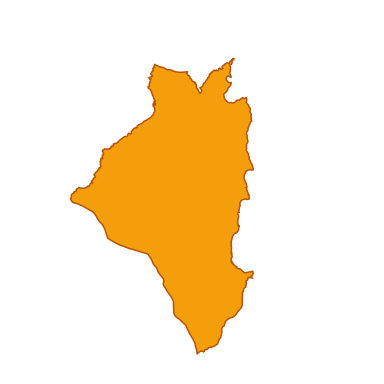 the district of Busega, Simiyu, United Republic of Tanzania, rotated 121°
{"feature_id": "72390352B70559618037175", "entity_name": "Busega", "entity_type": "district", "adm_level": 2, "iso_a3": "TZA", "parent_name": "United Republic of Tanzania", "parent_adm1": "Simiyu", "projection": "orthographic", "projection_center": [33.696, -2.377], "detail": "fine", "context": "isolated", "style": "filled", "palette": "amber", "viewbox_px": 384, "rotation_deg": 121, "n_neighbors": 0, "source": "geoboundaries", "source_scale": "gbopen_adm2", "svg_char_len": 6000}
<svg xmlns="http://www.w3.org/2000/svg" viewBox="0 0 384 384"><g transform="rotate(121 192 192)"><path d="M228.7,99.1L234.2,105.2L233.2,111.1L234.1,113.8L233.6,115.2L233.2,115.0L232.8,118.4L233.1,118.7L232.6,119.4L232.6,120.2L232.2,119.9L231.8,120.8L231.9,121.4L231.4,121.3L231.1,121.9L231.4,122.3L228.9,124.2L227.3,124.1L226.4,124.5L225.6,125.6L225.3,125.4L224.4,126.6L224.4,126.1L223.2,126.9L222.7,127.6L218.5,130.0L217.8,130.9L216.8,131.1L215.5,132.3L214.6,132.6L214.7,133.2L214.9,133.3L213.7,132.9L209.4,134.4L206.9,134.4L206.0,134.2L204.3,133.0L203.2,132.7L201.9,132.4L200.1,132.7L198.7,133.5L197.5,133.6L196.8,134.0L196.6,134.2L196.9,134.5L197.9,134.3L194.4,137.1L193.0,137.8L192.4,138.4L188.8,139.4L188.2,139.9L187.3,141.5L186.7,142.0L186.0,142.0L185.2,141.1L184.5,141.8L181.2,143.3L178.6,143.9L177.1,145.2L174.3,145.5L172.8,144.9L172.8,145.3L172.8,144.9L170.6,142.9L170.0,140.8L168.9,139.5L168.2,139.5L167.5,140.2L165.6,141.2L165.2,141.8L165.3,142.2L164.9,142.3L161.5,146.7L160.5,147.0L160.4,147.4L160.3,147.2L159.0,147.7L158.4,148.6L157.4,149.2L155.3,152.2L153.3,154.6L151.7,155.4L150.1,155.9L146.7,156.2L145.2,155.9L142.9,153.7L142.3,151.9L141.5,151.0L140.9,151.2L139.4,152.9L138.7,153.2L136.7,156.0L136.1,157.4L134.9,158.7L134.6,159.6L132.3,161.3L131.6,162.4L130.3,163.4L129.8,164.1L129.2,165.6L128.2,166.9L126.8,167.4L125.8,168.2L124.3,169.0L123.3,169.8L121.2,169.8L119.8,170.0L117.5,172.5L115.4,173.6L114.1,175.3L112.9,176.0L110.3,175.8L109.2,176.5L105.8,177.3L103.8,177.4L103.2,177.9L101.5,177.7L100.5,177.3L98.7,179.2L97.8,179.3L96.6,180.6L95.0,181.2L92.7,184.2L91.3,184.3L90.1,185.5L89.9,187.0L88.5,188.2L87.5,191.5L84.9,192.4L83.6,193.4L83.3,194.2L84.9,195.1L85.0,197.1L87.8,198.5L88.9,198.6L89.9,200.6L92.6,201.3L95.0,202.8L95.0,204.5L96.1,205.6L96.6,207.7L95.7,211.2L94.4,213.3L93.3,213.9L92.3,215.0L91.7,215.1L87.7,214.1L86.0,214.1L84.4,214.7L83.5,214.3L80.8,213.8L78.5,214.4L78.0,215.0L78.7,215.4L79.3,217.2L78.5,219.5L77.7,220.8L75.7,221.4L74.1,221.0L73.9,220.7L73.7,218.2L73.4,217.7L72.8,218.0L71.8,219.5L70.3,221.1L68.3,221.6L67.8,222.1L67.1,222.1L66.2,222.6L63.7,224.8L63.1,224.9L62.3,224.0L61.6,223.9L60.9,224.0L58.7,225.3L57.5,224.8L57.2,224.3L56.1,224.8L56.7,225.7L58.0,225.7L58.3,226.0L58.7,225.8L60.1,226.5L61.5,226.6L62.3,226.3L62.9,226.8L63.1,228.2L63.5,228.8L65.3,229.6L66.5,229.8L67.4,230.5L69.0,230.8L70.8,229.7L70.7,229.5L71.4,229.7L71.7,230.1L71.4,231.8L72.5,232.5L74.4,232.2L74.8,232.4L75.2,233.1L74.9,233.9L76.4,234.9L76.2,235.4L76.6,236.1L78.9,236.6L79.8,237.1L80.0,236.8L81.8,236.8L81.8,237.6L82.0,237.7L84.8,236.7L85.6,236.9L86.2,237.5L87.7,236.9L89.0,237.3L91.9,237.2L92.4,237.8L93.4,238.0L95.5,237.4L96.4,237.5L98.3,238.8L99.0,238.0L99.5,236.2L100.8,235.6L102.2,235.6L103.3,235.9L103.4,236.5L100.8,240.2L100.5,241.4L99.9,242.2L99.1,242.5L97.7,243.7L97.6,245.3L96.8,245.1L96.3,245.6L96.8,247.8L96.8,249.2L96.1,249.7L95.6,250.7L95.6,252.0L95.1,252.6L94.4,253.1L93.8,254.3L94.1,255.8L92.7,257.7L91.4,257.9L95.9,264.3L97.4,268.1L98.0,270.2L98.0,272.3L99.9,276.2L100.1,280.1L100.5,282.3L101.0,283.0L101.2,284.1L101.8,287.7L101.9,289.6L103.9,289.3L104.3,288.5L104.5,288.8L105.1,288.7L105.7,289.1L106.2,289.2L106.5,288.6L107.0,288.7L108.0,287.8L109.7,288.3L111.7,288.2L112.3,287.7L112.5,285.8L113.1,285.5L116.3,287.8L116.4,287.0L116.9,286.3L116.4,286.1L116.2,285.6L116.9,285.2L119.2,284.8L120.6,284.3L121.9,284.2L122.3,283.6L122.7,283.3L123.6,283.3L124.1,283.9L124.6,283.3L125.3,283.3L125.6,282.3L125.5,281.3L126.5,278.6L127.6,278.0L129.9,274.7L131.9,272.6L132.8,270.4L133.3,270.5L133.9,271.2L134.7,270.6L135.4,270.6L135.5,270.0L134.6,269.7L134.9,269.1L135.6,268.6L136.5,268.3L136.9,269.1L136.5,270.1L136.9,270.6L138.6,269.3L138.8,267.7L141.4,265.7L143.8,265.5L145.4,265.1L149.0,265.7L154.3,268.3L156.0,269.5L158.4,270.0L159.9,270.7L161.9,272.4L163.3,272.9L164.5,272.8L165.1,272.5L166.7,274.1L168.1,274.6L171.6,275.2L172.9,274.1L174.0,274.6L174.2,275.4L174.1,276.3L174.6,276.8L176.8,276.3L178.1,276.6L178.6,277.6L179.5,278.5L185.0,280.7L186.5,280.9L188.2,281.6L189.2,281.7L190.2,283.4L191.3,283.5L191.6,284.1L193.4,283.3L193.8,284.2L194.2,284.1L194.5,284.8L196.3,284.2L196.9,285.0L197.7,285.0L198.1,285.9L199.1,286.8L199.1,287.1L199.9,288.0L199.8,289.0L201.4,289.5L202.0,290.1L202.3,289.8L203.2,289.9L203.6,288.8L204.3,288.0L205.0,287.7L205.0,287.4L206.0,287.3L206.7,287.7L206.8,287.4L209.1,286.6L209.0,286.0L209.7,286.0L210.2,286.6L210.2,287.2L211.8,286.4L213.2,286.5L214.4,285.0L215.1,285.0L217.1,283.5L218.3,283.0L219.4,284.1L220.7,283.6L221.7,284.0L223.4,284.0L224.2,284.4L226.6,284.6L226.8,284.9L227.8,284.7L228.4,282.8L228.8,282.6L230.1,283.2L231.6,283.5L231.8,283.1L233.3,283.2L234.7,283.7L235.5,281.9L236.3,282.3L236.7,283.4L240.2,283.2L240.5,283.5L240.7,284.4L242.1,284.7L243.6,285.5L245.0,287.6L246.8,291.4L248.9,292.3L249.1,292.1L249.9,292.3L251.2,291.8L252.6,293.1L253.1,293.1L253.2,292.8L253.6,292.7L255.5,293.8L256.8,293.8L258.3,292.8L260.6,292.6L261.6,291.0L262.0,289.5L262.3,289.2L262.1,287.7L260.8,283.2L260.8,281.4L260.4,279.1L260.1,266.4L262.0,261.6L263.7,258.9L264.8,256.6L266.3,251.4L268.7,247.6L274.9,240.6L275.2,237.2L274.8,227.7L272.6,215.9L271.5,212.8L271.4,211.1L270.6,208.9L268.0,198.3L268.1,197.4L271.0,191.6L273.9,187.7L275.1,183.7L278.4,179.2L281.2,171.7L283.0,170.3L286.2,169.0L290.1,161.6L292.5,156.1L294.6,152.6L295.3,151.6L304.3,145.9L306.5,143.4L307.2,141.5L307.7,136.5L309.4,128.6L311.6,125.7L315.0,120.4L317.6,115.5L320.1,111.5L322.3,109.7L324.5,107.2L327.9,104.2L325.0,103.2L323.7,102.4L323.1,100.9L323.1,99.7L322.0,99.3L320.8,99.9L320.1,99.5L319.4,98.1L316.6,97.4L314.1,94.5L311.9,93.0L309.1,91.9L303.9,92.8L301.9,92.5L299.0,93.3L296.1,94.5L294.5,96.0L292.2,96.3L290.3,95.6L285.7,96.6L282.9,95.9L280.9,94.9L278.2,92.4L274.2,91.2L271.9,91.2L268.9,90.8L266.8,90.2L263.3,90.5L257.2,94.3L254.5,95.3L253.0,96.7L250.5,96.9L248.0,97.9L246.0,97.1L243.4,97.8L240.3,99.8L238.6,99.0L236.2,99.9L234.8,96.3L234.5,97.5L233.7,97.9L233.3,97.3L232.6,97.2L230.5,97.5L228.7,99.1Z" fill="#f59e0b" stroke="#b45309" stroke-width="1.5"/></g></svg>